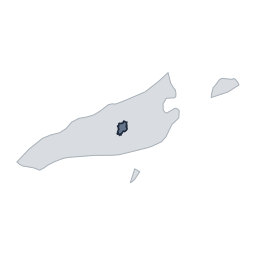 location of Turiscai, Manufahi, East Timor, rotated 179°
{"feature_id": "22284137B60481947224566", "entity_name": "Turiscai", "entity_type": "district", "adm_level": 2, "iso_a3": "TLS", "parent_name": "East Timor", "parent_adm1": "Manufahi", "projection": "natural_earth1", "projection_center": [125.752, -8.827], "detail": "fine", "context": "in_parent", "style": "filled", "palette": "slate", "viewbox_px": 256, "rotation_deg": 179, "n_neighbors": 0, "source": "geoboundaries", "source_scale": "gbopen_adm2", "svg_char_len": 3485}
<svg xmlns="http://www.w3.org/2000/svg" viewBox="0 0 256 256"><g transform="rotate(179 128 128)"><path d="M87.0,182.6L84.6,172.3L82.1,167.8L80.1,165.3L79.5,162.2L79.6,158.9L80.8,157.4L89.2,157.0L92.5,151.7L92.5,145.3L90.8,143.1L89.2,142.2L80.5,147.0L78.0,146.1L76.5,144.4L77.0,137.3L84.1,130.6L90.2,118.6L94.5,113.8L104.4,109.3L108.5,108.0L137.4,101.4L144.3,101.0L162.7,101.2L187.2,99.7L193.3,98.8L201.2,95.9L208.8,92.3L212.9,89.4L217.1,87.4L223.4,89.9L234.1,91.9L237.0,93.6L239.7,96.0L227.2,108.7L213.6,119.2L205.2,122.4L196.4,124.5L189.8,128.6L184.2,134.9L177.0,138.5L169.0,139.7L162.1,141.6L155.8,145.3L147.1,151.7L143.6,152.4L139.9,152.2L132.7,154.7L110.3,163.8L96.7,174.0L87.0,182.6ZM16.3,169.1L27.4,162.3L44.2,157.0L43.8,160.9L42.1,166.9L39.5,169.7L35.7,174.8L33.2,176.0L23.0,174.8L21.7,175.6L20.0,175.0L17.4,171.8L16.3,169.1ZM126.6,73.4L122.0,87.0L117.0,84.1L122.3,76.4L124.9,74.2L126.6,73.4Z" fill="#d9dde1" stroke="#a8b0b8" stroke-width="1"/><path d="M138.4,130.0L138.3,129.9L138.3,129.7L138.2,129.5L138.1,129.4L138.0,129.2L137.9,129.1L137.6,128.9L137.6,128.7L137.7,128.4L137.7,128.2L137.7,127.9L137.4,127.8L137.3,127.6L137.3,127.4L137.2,127.2L137.2,126.9L137.3,126.9L137.4,126.6L137.6,126.6L137.7,126.4L137.7,126.1L137.8,126.0L137.8,125.9L137.9,125.7L138.0,125.5L138.1,125.4L138.2,125.2L138.2,124.9L138.3,124.8L138.4,124.7L138.5,124.3L138.4,124.3L138.2,124.2L138.2,123.9L138.2,123.6L138.1,123.4L138.3,123.3L138.3,123.1L138.5,122.7L138.6,122.3L138.6,122.2L138.4,122.0L138.5,122.0L138.4,121.9L138.2,121.9L138.1,122.0L137.9,122.3L137.9,122.2L137.7,122.1L137.7,121.8L137.6,121.7L137.3,121.6L137.3,121.8L137.2,121.9L136.8,121.9L136.7,121.8L136.6,121.7L136.5,121.4L136.4,121.5L136.4,121.4L136.3,121.5L136.2,121.5L136.1,121.4L135.9,121.3L135.8,121.2L135.7,121.2L135.4,121.1L135.1,121.1L135.0,121.3L135.2,121.5L135.1,121.8L135.1,122.0L134.9,122.3L134.7,122.4L134.6,122.5L134.4,122.7L134.4,122.8L134.2,123.0L134.1,122.9L134.0,123.0L133.9,123.6L133.8,123.8L133.6,123.9L133.5,124.0L133.4,124.3L133.2,124.4L133.1,124.5L132.9,124.9L132.6,124.8L132.5,124.7L132.3,124.6L132.1,124.7L131.9,124.6L131.7,124.6L131.5,124.8L131.3,124.8L131.2,124.8L131.2,124.7L131.0,124.8L130.9,124.8L130.7,125.0L130.4,125.3L130.4,125.5L130.2,125.6L129.8,125.7L129.6,125.8L129.5,126.2L129.2,126.5L129.1,126.8L129.2,127.0L129.1,127.3L128.9,127.4L128.9,127.5L129.0,127.8L129.2,128.0L129.3,128.2L129.2,128.2L129.2,128.3L129.1,128.5L129.2,128.8L129.3,129.0L129.5,129.1L129.3,129.3L129.1,129.4L129.1,129.5L129.3,129.7L129.5,129.7L129.6,129.8L129.4,130.0L129.3,130.3L129.2,130.4L129.3,130.5L129.2,130.6L129.3,130.7L129.2,130.8L129.2,131.0L129.3,131.0L129.2,131.2L129.2,131.3L129.3,131.4L129.5,131.4L129.6,131.6L129.4,131.9L129.4,132.0L129.3,132.3L129.4,132.5L129.4,132.8L129.4,133.0L129.2,133.3L129.2,133.5L129.1,133.8L129.3,133.8L129.7,133.8L130.1,133.9L130.5,134.0L130.7,134.3L130.8,134.4L130.9,134.5L131.1,134.5L131.3,134.6L131.6,134.7L131.8,134.8L131.9,135.0L132.0,135.0L132.0,134.9L132.0,134.7L132.3,134.6L132.5,134.5L132.5,134.4L132.4,134.3L132.4,134.2L132.4,133.9L132.4,133.7L132.5,133.6L132.7,133.4L132.9,133.4L133.0,133.4L133.3,133.2L133.5,133.0L133.8,133.0L134.0,133.0L134.0,132.9L134.2,133.0L134.3,133.0L134.5,132.9L134.5,132.6L135.6,132.6L135.8,132.8L136.5,132.9L137.1,132.4L137.2,132.2L137.1,131.8L137.1,131.6L137.1,131.3L137.1,131.2L137.1,130.9L137.2,130.6L137.2,130.4L137.3,130.3L137.5,130.2L137.8,130.2L138.1,130.1L138.3,130.2L138.4,130.0Z" fill="#64748b" stroke="#1e293b" stroke-width="1.5"/></g></svg>